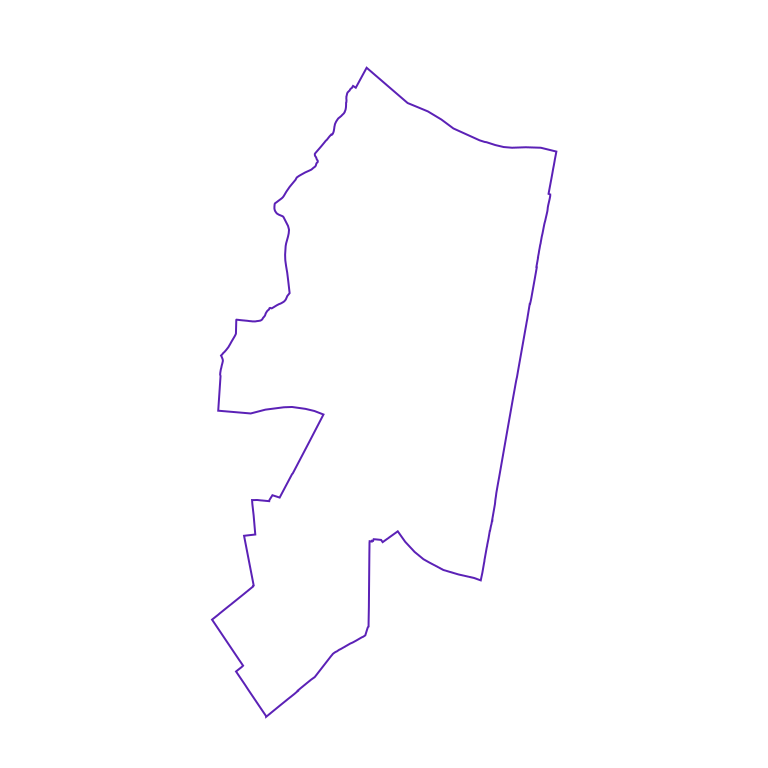 the district of Stelnica, Ialomita, Romania, rotated 263°
{"feature_id": "2599482B4677795676916", "entity_name": "Stelnica", "entity_type": "district", "adm_level": 2, "iso_a3": "ROU", "parent_name": "Romania", "parent_adm1": "Ialomita", "projection": "robinson", "projection_center": [27.955, 44.403], "detail": "fine", "context": "isolated", "style": "outline", "palette": "violet", "viewbox_px": 768, "rotation_deg": 263, "n_neighbors": 0, "source": "geoboundaries", "source_scale": "gbopen_adm2", "svg_char_len": 6043}
<svg xmlns="http://www.w3.org/2000/svg" viewBox="0 0 768 768"><g transform="rotate(263 384 384)"><path d="M700.0,405.3L681.5,392.1L683.6,389.6L683.0,389.1L681.8,388.2L681.5,387.6L681.2,387.1L680.8,386.6L680.4,386.2L679.9,385.9L679.3,385.4L679.0,384.9L678.6,384.4L677.8,383.4L677.3,383.1L676.8,382.8L675.9,382.5L675.1,382.2L674.5,382.0L673.9,381.7L673.5,381.7L673.1,381.6L672.5,381.5L671.9,381.4L670.9,381.4L670.3,381.3L669.9,381.3L669.6,381.3L669.1,381.1L668.4,381.0L668.1,380.9L667.9,380.7L667.6,380.6L666.5,380.5L664.6,380.2L663.5,380.0L662.0,379.6L661.1,379.3L660.6,379.1L660.1,378.8L659.5,378.5L659.1,378.3L659.0,378.2L658.5,378.0L658.4,377.8L657.9,377.5L657.6,377.2L657.4,377.0L657.1,376.6L656.7,376.1L656.3,375.5L655.1,374.1L655.0,373.9L654.8,373.5L654.4,373.0L653.7,371.8L653.4,371.3L653.1,370.9L652.7,370.5L652.2,370.1L651.2,369.2L649.9,368.2L648.4,367.3L647.9,367.0L647.3,366.8L646.3,366.5L645.6,366.2L643.6,365.7L641.6,365.1L640.5,364.7L640.1,364.5L639.4,364.1L638.8,363.8L638.6,363.6L638.2,363.2L637.9,362.9L637.7,362.5L638.1,362.1L636.2,359.9L633.6,357.3L633.3,357.0L633.2,356.8L632.4,355.7L631.9,355.2L631.2,354.5L627.5,350.6L624.6,347.4L622.7,345.3L621.9,344.4L621.2,343.7L620.8,343.4L620.2,343.3L619.8,343.3L619.3,343.3L618.6,343.5L617.5,344.1L617.0,344.3L616.4,344.4L615.8,344.5L615.1,344.7L614.8,344.8L614.6,344.9L614.2,345.2L613.8,345.4L613.6,345.4L613.2,345.4L612.6,345.3L612.3,345.1L612.1,345.0L611.8,344.5L611.7,344.3L611.3,343.9L610.7,343.6L609.7,343.2L609.3,343.0L608.9,342.8L608.3,342.2L608.1,342.0L607.9,341.6L607.6,341.1L607.1,340.2L606.2,338.9L605.7,338.1L605.5,337.6L604.9,335.8L603.6,331.6L601.7,326.9L600.8,324.8L599.6,322.6L598.7,321.9L597.5,321.1L593.0,316.3L591.1,314.3L586.8,310.5L583.0,307.6L581.7,306.4L580.8,305.2L579.7,303.3L578.9,301.9L577.1,298.8L576.8,298.1L576.6,297.9L576.2,297.6L575.9,297.4L575.0,297.2L573.6,296.9L572.2,296.7L571.3,296.6L570.5,296.7L569.7,296.8L569.0,297.0L568.1,297.4L566.5,298.3L566.1,298.7L564.9,300.2L562.8,303.9L561.9,304.6L557.5,306.2L552.6,308.0L550.5,308.3L548.8,308.5L548.4,308.5L547.6,308.3L545.2,307.8L542.0,306.7L535.5,304.0L532.9,303.2L524.4,301.6L520.0,301.2L518.5,301.1L512.8,301.2L506.3,301.5L498.0,301.5L485.7,301.4L483.2,298.8L479.8,296.8L478.4,295.3L477.8,294.4L476.8,292.1L476.4,291.0L476.1,289.6L475.2,287.2L473.6,283.7L472.9,282.1L472.8,281.8L472.8,281.5L472.9,281.2L473.1,281.0L473.3,280.5L473.4,280.2L473.3,279.8L473.1,279.5L472.5,279.2L472.1,279.0L471.9,278.8L471.3,277.8L471.0,277.4L470.6,276.9L469.4,275.9L469.0,275.6L468.5,275.2L467.8,274.9L467.4,274.7L466.6,274.3L466.2,274.0L465.7,273.5L465.1,272.9L464.8,272.5L464.2,271.9L463.1,271.1L462.5,270.3L462.3,269.8L462.0,269.1L462.0,268.4L461.9,267.8L461.9,267.0L461.9,265.8L461.9,265.1L461.8,264.4L461.9,262.9L462.0,262.2L462.1,261.3L462.5,259.8L462.8,258.3L463.0,257.5L463.3,256.4L464.2,252.4L464.5,251.0L464.8,249.7L465.1,248.4L465.4,247.3L465.8,245.4L465.6,245.2L452.2,243.2L451.7,243.0L451.0,242.6L449.7,241.7L446.7,239.4L444.5,237.7L442.4,236.2L440.7,234.9L440.2,234.5L439.6,234.1L437.0,231.5L435.3,229.6L434.8,228.9L434.4,228.3L434.0,227.9L433.2,227.1L432.7,226.5L432.1,225.7L431.4,226.0L430.1,226.4L428.1,226.9L427.4,226.9L426.6,226.9L425.7,226.6L424.3,226.1L423.1,225.6L422.1,225.2L420.0,224.5L418.3,223.8L415.9,223.1L415.6,223.0L414.3,222.7L413.3,222.5L412.6,222.6L412.2,222.7L411.7,222.7L410.6,222.5L377.7,216.2L371.0,248.1L373.0,263.2L373.1,281.8L372.4,289.9L368.9,303.0L365.7,311.6L361.1,320.2L335.7,302.8L306.3,282.5L305.8,281.8L284.0,266.6L287.2,259.7L282.9,256.2L282.4,256.0L281.7,255.8L282.2,253.5L283.2,249.0L283.4,248.0L283.8,246.2L284.2,244.6L284.4,243.4L284.5,242.3L284.5,242.0L284.7,240.4L284.9,238.9L284.7,238.9L280.8,238.7L269.6,238.6L250.3,237.9L250.4,226.6L199.9,230.1L199.6,229.4L199.0,229.4L190.5,215.9L189.9,214.9L187.9,211.7L182.4,202.8L180.3,199.4L176.2,192.8L175.3,191.5L171.1,184.6L167.4,186.5L127.4,206.8L126.1,207.5L121.6,209.8L120.4,208.2L118.4,204.9L116.7,202.1L103.0,209.1L97.3,211.9L75.5,223.0L72.6,224.5L68.9,226.4L68.0,226.4L77.6,241.6L83.1,250.4L87.3,257.3L89.1,260.0L89.8,261.2L90.2,261.0L91.1,262.5L91.2,262.8L91.5,263.0L99.3,275.4L101.6,279.6L120.2,298.1L121.5,299.5L122.4,300.4L123.1,301.6L123.5,302.4L124.0,303.3L124.2,304.3L125.7,307.2L126.1,308.5L130.5,318.9L131.2,321.3L132.7,325.1L135.2,330.9L135.7,332.6L136.8,334.8L140.6,336.5L144.1,338.1L144.8,338.6L145.0,338.9L145.1,339.1L148.9,339.6L164.4,341.8L184.9,344.5L217.4,348.8L228.4,350.3L229.7,350.6L229.1,352.6L229.9,352.8L229.6,354.0L231.2,354.8L230.8,356.9L229.6,362.1L227.2,363.4L236.1,379.7L224.8,385.8L213.6,393.9L205.3,401.8L201.6,406.8L192.2,420.2L185.9,434.7L180.5,449.7L177.3,456.1L178.5,456.5L182.3,457.8L184.6,458.6L194.2,461.5L196.0,462.1L196.6,462.2L197.1,462.3L197.4,462.4L200.3,463.3L209.7,466.2L210.0,466.4L211.9,466.9L214.9,467.9L217.9,468.9L222.6,470.3L225.3,471.1L225.3,471.3L230.5,473.0L231.6,473.5L234.6,474.4L234.6,474.7L235.8,475.0L235.9,474.8L251.0,479.4L252.6,479.8L254.0,480.1L254.6,480.2L255.6,480.5L256.1,480.6L258.9,481.4L262.1,482.2L271.3,485.0L277.4,486.9L282.0,488.3L320.1,499.9L355.1,510.6L362.8,513.0L369.0,514.9L372.1,515.9L374.9,516.9L380.9,518.7L408.3,527.1L420.7,530.9L424.9,532.2L427.9,533.1L431.3,534.2L433.1,534.7L445.7,538.4L445.6,538.7L449.2,540.0L452.3,541.0L453.0,541.2L469.2,546.2L481.3,549.9L481.5,549.5L490.6,552.3L490.7,552.2L493.3,553.0L494.2,553.3L494.8,553.5L497.0,554.1L499.8,555.0L502.8,555.9L504.6,556.6L505.4,556.8L508.3,557.7L511.2,558.6L514.2,559.7L520.4,561.7L523.4,562.7L524.7,563.2L526.4,563.9L529.5,565.0L532.5,566.1L535.6,567.2L537.1,567.6L539.3,568.1L541.5,568.8L547.3,570.9L548.8,571.4L550.4,571.9L550.9,572.0L551.4,572.0L551.7,571.9L551.9,572.0L552.7,570.5L558.4,572.3L562.5,573.6L564.4,574.2L567.2,575.1L573.3,577.0L576.6,578.0L580.6,579.3L584.5,580.5L585.9,580.9L587.1,581.3L590.5,582.4L592.7,583.1L593.7,583.4L599.4,568.4L601.7,553.5L602.9,539.9L604.6,531.7L607.6,523.6L611.5,515.2L612.0,513.4L614.2,508.6L629.2,484.0L639.5,473.2L649.2,460.8L654.2,452.0L660.0,441.7L700.0,405.3Z" fill="none" stroke="#5b21b6" stroke-width="2"/></g></svg>